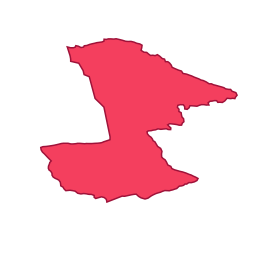 outline of Abaíra, Bahia, Brazil, rotated 293°
{"feature_id": "56859067B19610655548687", "entity_name": "Abaíra", "entity_type": "district", "adm_level": 2, "iso_a3": "BRA", "parent_name": "Brazil", "parent_adm1": "Bahia", "projection": "equal_earth", "projection_center": [-41.741, -13.298], "detail": "fine", "context": "isolated", "style": "filled", "palette": "rose", "viewbox_px": 256, "rotation_deg": 293, "n_neighbors": 0, "source": "geoboundaries", "source_scale": "gbopen_adm2", "svg_char_len": 3383}
<svg xmlns="http://www.w3.org/2000/svg" viewBox="0 0 256 256"><g transform="rotate(293 128 128)"><path d="M202.7,213.5L202.5,209.4L203.6,207.4L202.8,205.3L202.2,202.5L202.6,200.6L202.4,198.4L202.0,195.4L201.6,192.2L201.2,189.8L201.3,187.6L200.4,185.4L201.0,181.8L201.1,178.8L200.7,176.4L200.9,174.1L200.8,171.6L200.7,169.0L200.8,166.2L200.6,163.6L200.5,161.0L199.7,157.3L201.3,155.0L201.0,151.8L201.0,148.0L201.1,144.9L202.8,143.2L204.1,140.8L204.6,138.7L203.7,136.5L205.7,134.7L205.3,132.5L206.5,129.1L207.0,126.4L205.2,124.7L204.7,122.4L203.6,120.4L204.1,118.1L204.9,115.7L204.0,113.0L204.6,109.7L207.2,109.3L209.7,108.6L210.0,106.0L209.4,102.9L209.4,100.1L208.9,96.9L207.7,94.3L206.9,91.9L206.6,88.8L206.1,85.5L205.5,82.2L204.3,80.2L203.3,77.3L202.3,75.0L201.1,73.5L200.4,71.3L198.5,71.9L197.0,70.4L195.4,67.7L194.4,66.0L193.0,64.2L191.6,62.2L190.1,60.2L187.9,57.9L186.6,55.6L185.1,55.5L183.7,53.3L183.9,50.4L183.4,47.8L181.8,47.8L180.5,46.4L179.4,43.7L178.9,40.4L171.8,46.5L169.2,48.2L167.0,49.2L168.4,57.4L164.4,62.8L163.3,64.3L160.0,66.7L160.1,72.3L142.3,86.2L139.5,93.5L137.8,97.7L112.8,115.0L110.2,116.0L107.7,113.2L105.9,111.1L104.4,109.7L103.3,108.1L102.2,106.1L100.7,103.0L99.4,100.5L98.4,98.1L97.5,95.8L96.6,94.3L95.8,91.9L95.1,89.8L94.3,87.8L92.9,85.6L91.8,83.5L91.0,81.6L90.5,78.7L89.6,76.6L88.7,74.5L87.6,72.6L86.2,70.8L84.8,68.9L83.3,66.8L81.9,64.6L80.6,62.5L79.0,59.8L77.6,57.0L76.0,55.3L73.9,56.6L72.4,58.7L71.5,61.2L70.5,63.5L69.7,65.3L68.8,67.4L67.7,70.2L65.8,69.5L64.0,69.7L61.8,69.7L59.8,70.4L58.5,71.7L58.0,73.8L56.5,75.8L54.9,76.5L53.6,78.3L53.2,80.7L53.2,82.7L53.0,84.7L51.8,86.7L50.4,87.7L48.5,88.7L48.2,91.2L46.9,93.0L46.0,95.2L47.1,97.2L48.0,98.9L48.7,101.5L49.2,104.0L48.3,107.2L48.9,110.4L50.3,112.7L51.1,115.2L51.6,117.8L52.6,120.3L52.7,123.2L51.0,123.9L50.5,125.8L52.3,128.0L54.3,130.5L54.7,133.4L53.8,136.0L51.6,137.5L63.0,149.2L63.8,151.5L64.9,153.1L66.4,155.2L67.9,157.3L69.2,159.3L70.3,161.4L69.2,164.4L68.8,167.3L69.3,171.4L71.2,173.8L73.3,175.1L74.7,176.0L76.1,177.1L77.8,178.6L79.1,179.9L80.4,181.5L81.5,182.9L83.2,184.5L84.8,186.3L85.7,188.7L86.4,190.6L87.5,191.9L88.5,193.3L89.8,194.7L91.3,196.5L92.9,197.2L94.5,197.9L95.6,199.9L97.0,201.6L98.6,202.3L99.4,204.0L101.5,205.3L102.4,207.6L104.4,210.2L106.6,212.0L108.9,212.2L109.2,209.3L109.2,207.0L109.4,204.6L109.2,202.3L109.2,199.2L108.9,195.5L108.4,192.8L108.1,190.3L107.7,187.1L107.8,184.2L109.4,182.4L109.5,179.2L110.6,177.9L111.7,176.7L113.2,174.6L113.7,172.0L114.5,170.3L117.2,169.0L119.8,168.4L122.0,166.0L122.6,162.5L124.3,160.2L125.8,158.2L126.1,156.0L127.3,154.9L128.5,152.9L129.0,150.5L130.1,148.3L131.9,147.0L133.3,147.8L134.6,150.4L135.8,151.9L137.1,154.1L138.9,155.9L139.6,158.7L141.1,161.4L142.3,163.6L142.3,165.6L143.2,167.9L144.8,167.4L145.6,165.2L146.4,163.3L148.2,164.6L149.6,169.1L150.3,171.9L150.6,174.1L151.6,176.2L153.8,176.1L155.6,177.0L158.2,175.6L159.3,173.3L160.8,172.2L162.9,170.9L163.1,168.4L165.2,167.6L166.3,165.4L168.3,165.0L169.9,167.0L171.0,169.9L169.8,171.8L167.7,172.8L168.3,175.2L170.4,176.3L172.7,176.3L173.5,178.4L174.3,180.8L175.0,183.0L176.8,184.8L178.2,186.5L179.2,188.9L179.7,191.0L180.8,193.5L182.5,191.9L184.7,193.1L185.6,194.9L186.9,196.7L187.8,198.9L186.7,200.6L187.6,202.5L188.4,204.9L190.7,206.5L194.1,207.6L195.1,210.9L196.3,212.9L196.8,214.9L198.4,214.9L200.8,215.6L202.7,213.5Z" fill="#f43f5e" stroke="#9f1239" stroke-width="1.5"/></g></svg>